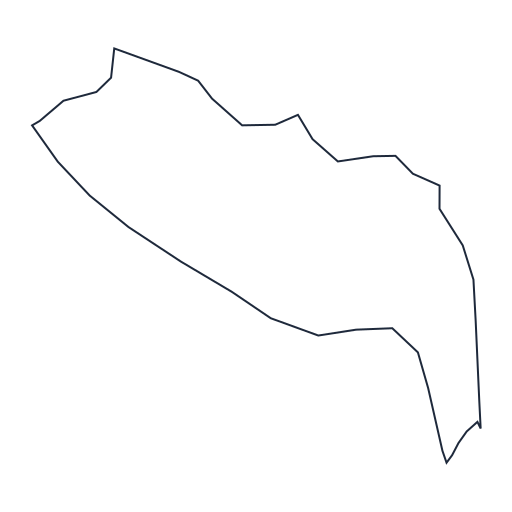 map outline of Žabljak (Equal Earth projection), rotated 179°
{"feature_id": "MNE-1520", "entity_name": "Žabljak", "entity_type": "Municipality", "adm_level": 1, "iso_a3": "MNE", "parent_name": "Montenegro", "parent_adm1": "", "projection": "equal_earth", "projection_center": [19.145, 43.143], "detail": "fine", "context": "isolated", "style": "outline", "palette": "slate", "viewbox_px": 512, "rotation_deg": 179, "n_neighbors": 0, "source": "natural_earth", "source_scale": "10m", "svg_char_len": 655}
<svg xmlns="http://www.w3.org/2000/svg" viewBox="0 0 512 512"><g transform="rotate(179 256 256)"><path d="M37.5,86.3L48.4,76.9L56.8,65.5L63.4,53.4L69.1,46.0L73.0,58.0L86.2,121.0L95.8,156.8L121.0,181.4L157.2,180.6L195.1,175.4L242.3,193.5L280.8,220.6L331.0,251.6L382.9,287.1L421.2,319.3L452.5,353.7L477.6,390.5L469.9,394.8L445.8,414.6L412.7,422.8L397.8,436.8L394.1,466.0L329.7,441.4L310.8,432.3L297.2,414.1L267.6,386.9L234.5,386.9L211.6,396.4L197.4,371.8L172.5,349.1L137.1,353.7L114.8,353.7L97.7,335.5L71.2,323.2L71.7,300.0L49.1,263.0L39.0,228.6L37.5,187.4L35.3,107.7L34.4,80.0L34.4,79.6L37.5,86.3Z" fill="none" stroke="#1e293b" stroke-width="2"/></g></svg>